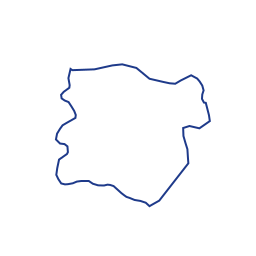 outline of Yangsan-si, South Gyeongsang, South Korea, rotated 332°
{"feature_id": "91817680B11624916188823", "entity_name": "Yangsan-si", "entity_type": "district", "adm_level": 2, "iso_a3": "KOR", "parent_name": "South Korea", "parent_adm1": "South Gyeongsang", "projection": "robinson", "projection_center": [129.018, 35.401], "detail": "fine", "context": "isolated", "style": "outline", "palette": "blue", "viewbox_px": 256, "rotation_deg": 332, "n_neighbors": 0, "source": "geoboundaries", "source_scale": "gbopen_adm2", "svg_char_len": 1127}
<svg xmlns="http://www.w3.org/2000/svg" viewBox="0 0 256 256"><g transform="rotate(332 128 128)"><path d="M105.0,48.9L98.8,56.0L96.6,62.8L95.1,64.9L88.2,65.9L84.5,67.3L83.3,70.7L85.0,74.0L87.7,77.2L88.2,82.7L88.5,87.7L88.0,92.0L86.3,94.4L75.9,94.7L71.5,94.9L67.6,96.8L62.7,99.7L59.0,104.3L60.7,109.8L64.4,112.4L65.9,115.8L63.6,121.1L61.9,122.3L52.3,123.5L46.7,130.2L43.0,135.3L42.7,135.7L42.5,140.5L43.0,145.6L45.9,148.2L48.6,149.4L53.3,150.9L57.7,151.3L61.7,152.8L65.3,154.7L68.5,156.4L70.8,160.7L73.0,162.9L74.7,164.6L79.8,167.5L83.3,168.4L85.5,169.9L88.0,172.5L91.6,182.4L93.1,185.7L94.3,188.1L96.6,190.5L100.0,194.6L102.2,196.3L104.7,198.2L108.6,202.3L110.3,207.1L113.0,207.0L121.5,206.8L127.5,204.1L164.7,187.5L167.1,182.1L170.5,174.6L171.7,168.2L173.2,161.1L176.7,153.9L183.2,155.1L190.9,161.8L203.5,160.3L205.5,154.7L208.5,142.3L207.0,141.2L207.0,137.0L209.3,133.3L212.4,130.3L213.5,125.4L213.1,120.5L212.3,116.8L208.5,111.1L197.0,110.8L190.5,111.1L185.8,108.1L180.9,104.0L170.1,94.6L163.6,78.9L152.8,69.1L143.6,65.4L126.0,60.5L119.8,57.5L106.0,50.8L105.0,48.9Z" fill="none" stroke="#1e3a8a" stroke-width="2"/></g></svg>